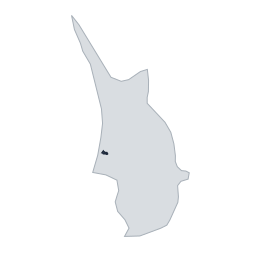 Agridaki, Cyprus (highlighted), rotated 274°
{"feature_id": "46923920B13856899738172", "entity_name": "Agridaki", "entity_type": "district", "adm_level": 2, "iso_a3": "CYP", "parent_name": "Cyprus", "parent_adm1": "", "projection": "mercator", "projection_center": [33.151, 35.3], "detail": "fine", "context": "in_parent", "style": "filled", "palette": "slate", "viewbox_px": 256, "rotation_deg": 274, "n_neighbors": 0, "source": "geoboundaries", "source_scale": "gbopen_adm2", "svg_char_len": 1460}
<svg xmlns="http://www.w3.org/2000/svg" viewBox="0 0 256 256"><g transform="rotate(274 128 128)"><path d="M185.2,136.5L187.8,143.2L176.9,145.2L165.9,145.8L159.8,145.0L154.0,145.4L136.3,164.5L126.7,171.0L115.3,174.9L103.7,177.2L97.9,177.5L92.8,179.9L89.2,184.3L89.1,188.7L87.6,192.2L81.2,191.5L78.5,184.5L74.0,181.5L62.8,183.1L57.3,182.9L39.2,176.2L33.8,173.5L30.4,167.8L21.1,147.3L19.6,132.1L28.2,136.0L36.3,131.3L44.1,123.5L53.4,120.4L59.2,121.7L64.9,123.1L75.2,120.6L79.7,109.1L81.2,95.9L98.7,99.7L116.4,101.6L130.9,102.3L145.2,100.2L189.1,86.0L201.5,77.5L209.1,74.7L222.5,67.7L236.4,63.8L227.5,71.9L177.4,107.5L174.1,118.0L176.3,125.3L183.4,134.2L185.2,136.5Z" fill="#d9dde1" stroke="#a8b0b8" stroke-width="1"/><path d="M100.3,108.6L100.6,108.7L100.6,108.9L100.6,109.1L100.6,109.3L100.8,109.3L101.2,109.3L101.4,109.1L101.5,109.0L101.4,108.8L101.4,108.6L101.5,108.5L101.8,108.4L102.0,108.4L102.0,108.2L101.9,108.1L101.8,107.9L101.8,107.6L101.8,107.4L101.9,107.2L102.0,107.0L102.0,106.8L102.1,106.6L102.2,106.4L102.4,106.3L102.5,106.1L102.6,105.9L102.6,105.7L102.8,105.4L103.0,105.2L103.3,105.0L101.6,103.9L101.6,104.1L101.5,104.3L101.3,104.6L101.1,104.8L100.8,104.9L100.7,105.0L100.6,105.4L100.6,105.5L100.6,105.9L100.6,106.1L100.8,106.3L100.8,106.5L100.7,106.6L100.7,106.8L100.8,107.0L100.8,107.4L100.7,107.5L100.9,107.8L100.9,108.0L100.8,108.3L100.7,108.3L100.4,108.4L100.3,108.5L100.3,108.6Z" fill="#64748b" stroke="#1e293b" stroke-width="1.5"/></g></svg>